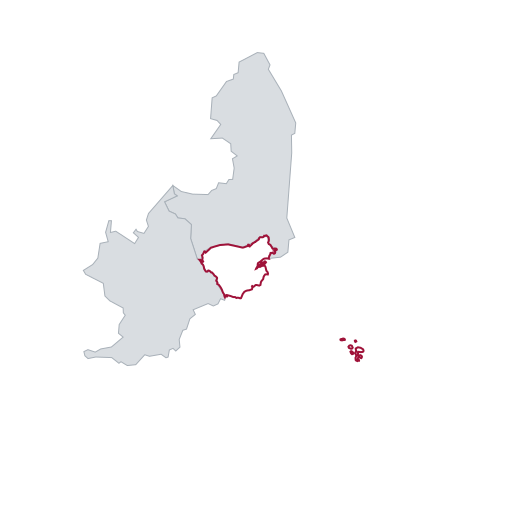 Ecuador and the surrounding countries, rotated 212°
{"feature_id": "ECU", "entity_name": "Ecuador", "entity_type": "country or territory", "adm_level": 0, "iso_a3": "ECU", "parent_name": "South America", "parent_adm1": "", "projection": "albers", "projection_center": [-81.617, -1.768], "detail": "fine", "context": "with_neighbors", "style": "outline", "palette": "rose", "viewbox_px": 512, "rotation_deg": 212, "n_neighbors": 2, "source": "natural_earth", "source_scale": "50m", "svg_char_len": 6191}
<svg xmlns="http://www.w3.org/2000/svg" viewBox="0 0 512 512"><g transform="rotate(212 256 256)"><path d="M363.9,271.7L353.5,271.1L342.5,274.9L329.2,282.7L328.3,288.1L325.4,292.1L326.5,298.3L319.5,301.6L319.5,306.5L316.4,308.6L321.1,319.0L327.5,326.0L325.0,330.9L332.6,331.7L336.9,337.8L347.0,338.2L356.5,331.5L355.6,348.9L360.8,350.3L367.3,348.4L377.0,366.9L374.5,370.7L373.5,388.4L369.0,394.0L371.0,398.2L368.3,402.0L373.1,411.5L362.7,429.2L356.8,432.0L345.4,425.5L344.5,420.9L321.9,409.4L292.8,389.9L288.1,380.6L290.0,377.3L280.3,362.3L250.0,304.5L232.9,292.3L236.6,287.1L231.0,276.1L234.6,268.0L243.8,260.7L245.2,265.5L241.9,268.3L242.2,272.5L251.6,272.8L256.5,278.7L263.0,274.0L265.2,266.2L272.3,256.1L286.2,251.6L298.9,239.6L302.5,232.1L300.9,223.3L304.0,222.2L320.7,236.2L327.4,248.4L336.0,249.9L342.4,246.9L346.6,248.9L353.5,248.0L362.3,253.5L354.7,265.2L358.2,265.5L363.9,271.7Z" fill="#d9dde1" stroke="#a8b0b8" stroke-width="1"/><path d="M399.5,208.0L397.3,209.3L391.9,198.8L388.1,202.7L365.5,202.2L365.5,209.5L372.3,210.7L371.9,215.1L369.6,213.9L363.0,215.8L362.9,224.1L368.0,228.4L369.7,235.1L363.9,271.7L358.2,265.5L354.7,265.2L362.3,253.5L353.5,248.0L346.6,248.9L342.4,246.9L336.0,249.9L327.4,248.4L320.7,236.2L304.0,222.2L300.9,223.3L290.3,216.7L287.0,218.5L277.2,216.8L274.4,211.9L260.7,205.4L259.1,201.8L263.4,201.0L262.9,195.2L265.7,191.0L271.4,190.3L280.8,177.1L276.5,174.3L278.8,167.7L276.2,157.2L278.7,154.2L276.9,144.5L272.2,138.4L273.7,132.9L277.4,133.7L279.7,130.4L277.0,123.7L278.4,122.0L284.4,122.4L293.2,114.5L298.0,113.3L300.4,100.1L307.1,94.9L314.5,94.8L315.4,92.4L324.5,93.4L338.4,85.4L344.1,80.0L348.2,80.7L351.3,83.7L348.9,87.5L341.4,89.3L338.4,94.9L330.4,102.2L325.7,116.8L331.7,117.6L335.7,125.4L335.5,136.5L338.4,137.5L341.1,141.5L356.1,140.5L362.9,142.0L371.0,151.9L390.7,150.2L394.8,152.3L390.0,162.2L389.0,170.4L394.9,184.1L388.9,189.8L396.1,196.4L399.5,208.0Z" fill="#d9dde1" stroke="#a8b0b8" stroke-width="1"/><path d="M302.0,222.8L301.3,223.2L300.7,223.2L299.8,223.3L298.5,222.9L298.0,222.9L297.9,223.3L298.8,223.8L299.6,224.4L299.9,225.2L300.3,226.2L301.5,227.4L302.2,227.9L302.2,228.3L302.0,229.1L301.9,229.7L302.3,232.5L302.1,232.7L301.6,232.7L301.2,232.7L300.8,232.4L300.5,232.2L300.3,232.6L300.0,233.9L299.2,236.7L298.6,239.2L297.7,240.1L296.6,241.5L294.9,243.4L292.5,246.1L290.8,247.4L289.4,248.4L287.8,249.6L285.7,251.1L283.4,251.9L280.1,253.1L277.8,253.9L276.1,254.5L274.4,255.1L272.0,255.9L271.1,256.6L269.6,258.5L268.9,259.4L268.3,260.1L268.2,260.5L268.3,260.7L268.6,261.1L268.6,261.5L268.2,261.7L267.8,261.7L267.6,261.5L267.5,261.1L267.1,260.7L266.7,260.6L266.4,260.7L266.4,261.1L265.8,262.9L265.8,263.9L265.5,264.2L265.6,265.0L265.0,265.8L264.7,266.5L264.5,267.1L264.0,267.5L263.9,268.1L263.4,269.4L262.9,270.5L262.5,271.4L262.5,272.1L262.8,272.5L262.8,272.9L262.6,273.6L262.5,274.1L261.8,274.5L260.4,275.3L259.9,275.9L259.7,276.5L259.8,277.1L259.8,277.5L259.1,277.7L258.9,278.1L258.4,278.8L258.0,279.1L256.7,278.7L255.7,278.7L255.0,278.3L254.2,277.3L253.6,276.5L253.1,275.4L252.9,273.8L252.2,273.4L251.5,272.9L250.6,273.0L249.7,273.1L249.1,272.7L247.7,272.1L246.6,271.4L245.7,271.0L245.0,271.2L244.6,271.6L243.9,272.4L242.9,272.9L242.4,272.9L241.8,272.6L241.7,272.1L242.2,271.5L243.2,270.0L242.1,270.0L241.7,269.5L241.6,269.0L241.4,268.4L241.7,267.7L242.3,267.3L243.2,267.6L243.8,267.6L244.2,267.0L244.7,266.7L245.1,266.5L245.3,266.2L244.8,265.1L244.7,264.6L244.8,264.2L244.8,263.6L244.8,263.1L244.5,262.7L244.5,262.1L244.3,261.7L244.2,261.4L244.2,260.9L243.9,260.7L243.6,260.5L243.8,260.4L245.5,259.8L246.2,259.2L247.0,258.7L247.8,257.9L248.2,257.1L249.4,253.4L250.5,251.2L250.3,250.1L249.4,248.6L249.2,246.4L249.3,245.7L249.2,245.2L248.6,246.1L248.7,249.4L248.2,250.8L247.5,251.2L247.0,250.9L247.3,248.6L246.7,249.0L245.9,250.6L244.5,251.7L244.4,252.1L244.1,252.6L243.0,252.2L242.1,251.7L239.4,249.0L237.7,248.5L236.6,247.6L236.4,247.2L236.2,246.6L237.3,246.1L238.4,245.3L238.6,243.7L238.5,242.4L237.7,240.2L238.1,237.3L237.9,236.2L236.9,233.8L237.6,232.6L240.2,231.7L241.0,231.1L241.5,229.2L242.1,228.1L243.2,228.6L244.1,228.5L242.9,228.1L242.0,226.4L241.8,225.6L243.7,223.2L244.6,222.6L245.8,221.4L246.9,219.5L247.1,216.6L246.7,214.5L246.4,212.3L247.0,211.7L248.5,211.4L249.8,210.7L250.4,210.0L251.9,210.1L253.6,209.1L256.3,208.6L260.2,207.4L261.0,206.4L260.6,204.6L261.0,204.8L262.0,205.7L262.7,206.6L263.8,207.1L264.7,207.5L267.0,209.3L268.5,210.2L270.1,211.0L272.5,211.9L274.0,211.7L274.4,212.4L274.6,213.0L275.2,213.4L276.1,213.8L276.6,213.9L276.7,214.1L277.2,216.5L277.5,216.9L278.7,217.3L280.2,217.4L280.8,217.3L282.1,218.0L283.1,218.3L284.1,218.6L284.8,218.7L285.1,218.5L285.3,218.3L285.9,218.4L286.7,218.7L288.0,218.7L288.8,218.4L288.9,218.0L288.9,217.1L289.2,216.8L290.1,216.3L290.6,216.4L292.9,217.5L293.4,217.9L294.0,218.6L295.1,219.7L296.3,220.5L298.1,220.8L299.9,222.0L302.0,222.8ZM116.9,221.5L117.6,222.2L118.0,224.4L120.4,226.6L120.7,227.8L120.5,228.4L120.6,228.6L121.7,229.5L122.4,230.4L121.2,232.6L118.6,233.6L115.8,233.6L115.3,233.3L114.5,232.5L114.4,231.8L114.8,231.1L116.2,230.0L118.4,229.0L118.7,228.2L117.8,227.5L117.2,226.1L115.8,225.1L115.1,222.1L114.6,221.9L113.7,222.4L113.2,222.0L113.1,221.8L114.1,221.1L114.3,220.6L115.8,220.4L116.5,220.7L116.9,221.5ZM127.8,230.6L127.2,230.7L125.4,229.5L125.5,228.4L126.2,227.7L128.5,227.3L129.5,228.0L129.4,229.3L128.7,230.3L128.0,230.5L127.8,230.6ZM245.8,255.7L245.6,256.2L244.5,256.1L244.2,256.0L244.2,255.5L244.5,253.8L244.8,253.2L245.7,252.5L246.4,252.2L247.4,252.3L248.4,252.9L247.2,253.9L246.5,254.1L246.3,254.2L245.8,255.7ZM115.2,227.1L114.0,227.3L113.0,227.0L112.6,226.3L112.5,225.4L112.6,225.1L114.7,224.8L115.4,225.5L115.4,226.7L115.2,227.1ZM138.4,232.2L137.1,232.6L136.6,232.4L136.3,232.2L136.2,231.9L137.0,231.2L137.7,230.8L138.3,230.0L139.6,229.5L139.9,229.6L140.1,229.8L140.2,230.0L139.8,230.7L139.1,231.2L138.4,232.2ZM125.0,225.6L124.5,225.9L122.3,225.6L121.6,224.9L122.1,224.0L122.6,223.6L123.9,223.9L125.2,224.9L125.0,225.6ZM126.8,237.2L126.4,237.2L125.7,236.7L126.2,235.8L126.7,236.0L127.1,236.3L127.3,236.6L126.8,237.2ZM260.0,206.9L259.4,207.0L259.1,206.4L259.9,205.8L260.2,205.7L260.0,206.9Z" fill="none" stroke="#9f1239" stroke-width="2"/></g></svg>